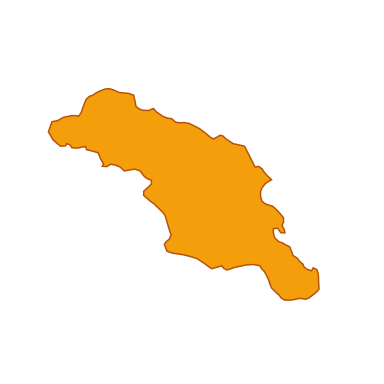 outline of Quatipuru, Pará, Brazil, rotated 116°
{"feature_id": "56859067B99309548374267", "entity_name": "Quatipuru", "entity_type": "district", "adm_level": 2, "iso_a3": "BRA", "parent_name": "Brazil", "parent_adm1": "Pará", "projection": "natural_earth1", "projection_center": [-47.01, -0.859], "detail": "fine", "context": "isolated", "style": "filled", "palette": "amber", "viewbox_px": 384, "rotation_deg": 116, "n_neighbors": 0, "source": "geoboundaries", "source_scale": "gbopen_adm2", "svg_char_len": 2306}
<svg xmlns="http://www.w3.org/2000/svg" viewBox="0 0 384 384"><g transform="rotate(116 192 192)"><path d="M201.0,347.4L202.7,344.6L206.0,339.9L207.5,334.5L208.4,330.1L206.0,325.9L203.4,325.7L203.2,322.2L204.9,319.2L202.8,314.2L199.8,310.5L197.9,307.6L200.2,305.4L198.9,299.5L197.9,293.6L202.4,288.5L205.6,283.8L208.2,283.8L206.4,279.6L202.7,277.3L201.3,272.4L201.1,267.2L202.8,262.1L200.2,258.7L196.5,253.4L195.8,248.1L198.8,241.9L199.6,238.6L199.3,233.6L202.8,232.0L212.5,235.7L216.2,234.0L218.4,226.0L219.3,220.8L221.4,214.6L223.2,209.1L224.7,206.1L236.9,194.9L239.7,191.9L244.4,191.8L247.9,193.4L251.1,193.9L253.7,191.3L256.2,188.5L255.5,182.7L252.3,172.6L251.1,167.0L250.4,163.2L249.7,158.4L250.3,153.0L250.8,149.5L251.8,144.1L252.3,140.6L245.3,132.9L246.7,130.1L246.8,126.6L244.8,124.2L241.9,121.5L239.4,118.5L236.8,115.0L234.5,112.4L230.2,104.9L228.5,98.7L230.5,95.8L231.7,92.2L234.3,88.4L237.2,84.9L240.0,82.2L243.4,78.4L244.7,74.4L245.8,71.2L246.7,68.1L248.1,65.5L248.5,61.2L246.7,57.6L245.0,54.5L242.4,51.2L240.0,47.8L238.7,43.1L236.5,40.8L233.8,39.4L229.5,37.2L226.1,35.8L223.4,35.3L220.8,36.9L218.1,38.4L214.3,40.3L210.3,42.6L207.0,45.8L207.0,49.8L210.4,50.0L211.1,55.0L210.1,58.7L208.2,60.7L207.2,64.8L205.3,68.5L204.8,73.3L200.9,77.4L198.5,80.0L198.4,84.3L198.1,88.6L198.7,91.9L197.2,96.9L195.2,99.4L192.1,101.5L189.2,102.8L187.0,99.1L189.7,94.5L188.0,90.6L185.5,92.4L182.7,96.3L178.9,96.6L175.1,98.4L173.1,102.7L171.6,106.2L170.2,110.5L169.4,113.5L170.2,117.9L170.5,121.7L169.3,125.5L165.5,128.7L161.4,130.6L157.7,130.9L154.8,130.3L152.4,129.8L149.5,128.2L146.1,125.9L144.8,130.1L143.5,133.6L142.2,136.5L140.4,139.2L139.8,143.3L141.9,146.3L127.8,164.9L130.5,176.3L129.4,184.8L128.1,188.7L128.7,191.7L131.9,193.7L135.0,196.1L134.7,199.6L133.3,205.2L131.8,212.8L131.6,218.6L131.7,225.0L133.0,229.4L135.0,233.0L136.5,237.4L135.0,242.1L136.4,246.7L136.8,251.0L135.6,259.2L133.8,263.2L137.9,266.9L140.2,272.3L140.5,276.1L139.6,279.9L136.0,282.5L130.5,286.9L131.1,291.8L132.5,295.9L134.5,301.0L134.8,308.1L135.3,311.4L137.7,315.4L141.1,318.6L144.9,321.6L148.5,323.6L150.8,326.0L154.8,327.7L158.6,327.6L165.4,326.9L169.0,326.4L173.4,327.0L174.3,329.8L176.0,333.5L178.3,336.4L181.4,340.4L186.8,344.1L190.2,348.7L197.8,347.8L201.0,347.4Z" fill="#f59e0b" stroke="#b45309" stroke-width="1.5"/></g></svg>